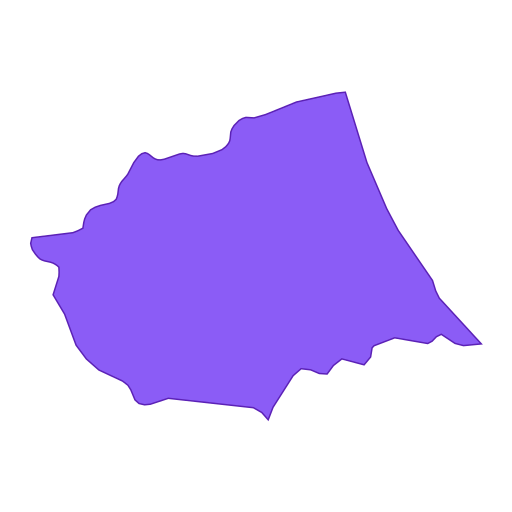 outline of Teramo
{"feature_id": "ITA-5419", "entity_name": "Teramo", "entity_type": "Province", "adm_level": 1, "iso_a3": "ITA", "parent_name": "Italy", "parent_adm1": "", "projection": "robinson", "projection_center": [13.64, 42.661], "detail": "fine", "context": "isolated", "style": "filled", "palette": "violet", "viewbox_px": 512, "rotation_deg": 0, "n_neighbors": 0, "source": "natural_earth", "source_scale": "10m", "svg_char_len": 1468}
<svg xmlns="http://www.w3.org/2000/svg" viewBox="0 0 512 512"><path d="M345.3,92.2L366.9,162.5L386.7,208.7L398.2,230.4L432.5,280.5L435.7,290.9L439.3,298.2L481.3,343.9L463.5,345.6L455.0,343.4L441.3,334.3L436.4,336.7L432.1,341.2L427.7,343.5L394.7,337.8L374.1,345.7L372.1,347.8L370.6,357.0L364.1,364.8L341.8,358.9L333.4,365.5L327.1,374.0L319.3,373.5L310.6,369.8L301.1,368.7L293.1,375.7L273.0,407.3L268.2,419.8L261.8,412.5L253.4,407.7L168.3,398.3L150.4,404.2L144.6,404.8L139.0,403.5L135.0,399.9L130.8,389.8L127.9,385.2L122.6,381.1L98.9,370.0L86.4,359.0L76.1,345.2L64.6,314.1L53.1,294.8L58.9,276.4L59.1,272.3L58.9,267.2L57.2,265.6L55.3,264.3L53.1,263.1L50.5,262.2L44.6,260.9L42.0,260.0L39.9,258.9L37.7,256.8L35.5,254.2L32.4,249.7L31.2,246.0L30.7,243.3L32.0,237.7L72.9,232.7L77.5,230.9L82.9,228.2L83.8,222.4L84.7,218.9L86.4,215.0L90.6,209.8L95.2,207.2L100.5,205.4L109.5,203.4L113.6,201.6L116.2,199.3L117.1,196.9L117.8,194.2L118.5,188.4L119.3,185.7L120.4,183.5L121.8,181.4L126.4,176.1L127.8,174.2L133.8,162.6L138.5,156.2L141.8,153.7L145.1,152.7L147.5,153.5L149.6,154.9L153.2,157.8L155.3,159.0L157.7,159.8L160.6,159.9L164.3,159.2L179.5,154.0L183.0,153.4L185.7,153.8L190.7,155.5L193.5,156.1L197.7,156.2L212.7,153.5L221.9,149.7L225.7,146.8L227.2,145.1L228.7,143.1L229.8,140.7L230.2,138.3L230.8,132.0L232.0,128.9L234.1,125.5L239.0,120.5L242.5,118.5L245.9,117.4L254.1,117.9L265.5,114.6L296.5,102.0L335.9,93.2L345.3,92.2Z" fill="#8b5cf6" stroke="#5b21b6" stroke-width="1.5"/></svg>